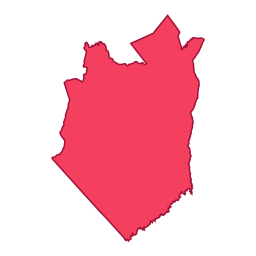 outline of Chepalungu, Rift Valley, Kenya
{"feature_id": "3690345B98705633113269", "entity_name": "Chepalungu", "entity_type": "district", "adm_level": 2, "iso_a3": "KEN", "parent_name": "Kenya", "parent_adm1": "Rift Valley", "projection": "equal_earth", "projection_center": [35.269, -0.895], "detail": "fine", "context": "isolated", "style": "filled", "palette": "rose", "viewbox_px": 256, "rotation_deg": 0, "n_neighbors": 0, "source": "geoboundaries", "source_scale": "gbopen_adm2", "svg_char_len": 5802}
<svg xmlns="http://www.w3.org/2000/svg" viewBox="0 0 256 256"><path d="M101.2,41.9L100.5,42.3L100.0,41.8L99.3,41.7L99.3,42.5L98.9,42.9L98.6,43.9L98.8,44.8L98.3,45.1L98.0,44.6L97.9,43.8L97.4,43.2L96.9,43.6L96.1,43.2L96.0,44.3L95.4,45.0L94.9,44.6L94.3,45.1L93.9,45.7L93.3,45.6L92.9,46.3L92.4,46.3L91.9,45.7L91.6,46.6L91.1,47.4L90.3,47.2L89.6,47.6L89.0,47.4L88.7,46.3L88.8,45.3L87.9,44.4L87.3,44.1L87.5,43.3L86.9,42.6L85.7,42.6L85.4,42.9L85.0,44.2L85.2,46.2L83.9,47.9L84.3,48.9L86.4,51.4L86.3,52.6L85.5,56.1L84.5,59.7L84.1,61.5L84.2,62.2L84.5,62.9L84.3,63.7L83.5,65.4L83.3,66.5L83.7,66.9L85.9,66.9L86.9,67.7L87.1,68.4L86.1,73.8L85.6,74.1L84.0,74.4L83.5,74.9L84.0,76.9L83.9,77.7L83.3,80.3L83.0,80.9L82.6,81.4L82.2,81.8L76.5,78.8L75.7,78.7L72.8,79.2L69.1,80.4L67.4,80.0L64.2,82.8L69.8,100.2L68.9,102.1L68.5,103.4L68.3,105.2L68.3,107.2L67.6,108.7L67.5,109.5L67.2,110.2L66.8,110.8L66.6,111.5L65.4,115.9L65.6,117.7L65.2,118.4L64.8,119.7L64.4,119.9L64.3,120.8L63.7,122.1L63.8,122.7L63.9,124.9L63.6,125.6L62.7,126.7L62.1,127.9L61.6,130.3L60.2,132.0L60.0,132.7L60.3,133.7L60.7,134.8L61.5,136.2L64.5,140.1L64.8,141.1L64.8,142.4L64.3,146.1L64.0,147.2L63.1,148.6L62.5,150.7L61.9,151.5L60.4,153.3L59.4,154.6L58.2,154.6L56.8,155.1L56.2,155.8L55.5,156.3L55.0,156.8L54.4,157.2L52.5,157.3L52.0,158.1L53.2,159.8L85.4,195.6L100.8,212.5L106.7,218.6L124.2,238.0L124.5,239.0L124.9,239.6L125.4,240.0L126.0,239.9L126.2,240.5L126.8,240.2L127.3,239.3L127.8,239.7L128.4,240.6L128.5,240.1L129.3,240.1L130.8,239.0L131.1,238.3L130.4,237.4L130.9,235.8L132.4,236.0L132.7,235.5L132.3,235.0L132.5,233.6L133.4,234.8L134.5,235.0L135.5,234.6L136.5,233.8L137.2,230.6L137.6,229.8L137.7,229.0L138.2,228.5L138.8,228.4L139.3,228.6L139.6,228.0L140.1,227.7L140.5,227.8L140.6,228.6L141.8,228.8L142.2,229.4L142.8,229.8L143.6,229.7L144.3,230.0L144.1,229.3L143.4,228.1L143.6,227.3L144.2,227.4L144.7,227.9L146.7,226.8L147.1,226.3L148.0,226.1L148.2,225.4L148.7,224.8L149.3,224.8L149.8,224.4L150.2,223.5L150.3,222.6L150.6,221.9L150.4,221.1L151.1,221.4L151.6,222.1L152.2,222.6L153.2,220.5L153.9,220.2L154.4,220.5L155.0,221.1L155.0,220.2L155.4,219.5L155.5,218.8L156.0,218.9L157.0,218.2L157.5,218.4L159.0,217.5L159.1,216.8L159.5,215.6L160.0,215.5L160.0,216.2L160.4,215.7L160.9,214.2L161.4,213.9L161.5,214.6L162.2,214.8L162.9,214.6L163.0,215.3L163.5,215.3L164.5,214.1L165.2,213.8L165.6,213.4L166.1,212.3L166.3,211.6L166.8,211.6L167.2,212.1L167.7,211.5L168.3,211.8L168.9,211.7L168.7,211.0L168.7,209.6L168.2,209.0L168.4,207.5L168.8,208.0L169.6,208.0L170.9,206.8L170.2,206.5L170.0,205.6L170.7,204.1L171.8,204.0L172.6,202.8L173.2,202.3L172.9,201.6L173.3,201.2L174.1,201.9L174.8,202.0L175.7,200.1L176.3,199.8L176.7,200.2L177.5,200.4L178.1,200.3L178.9,198.7L179.7,197.5L180.4,197.1L179.8,196.8L178.9,196.0L179.3,195.4L179.9,195.1L180.4,194.6L180.7,194.0L181.0,192.3L181.6,191.8L182.0,192.2L182.4,193.0L183.0,193.5L184.2,193.9L184.6,194.6L185.3,194.4L185.5,193.5L185.3,192.9L184.8,192.2L185.0,191.3L185.4,190.7L186.0,190.4L186.3,190.9L186.8,190.8L187.1,190.2L187.4,189.4L188.1,188.8L189.0,188.3L189.3,189.1L189.8,189.5L190.4,189.6L190.5,190.5L189.7,191.5L191.0,192.1L190.9,193.0L191.2,193.6L191.8,194.1L191.9,192.5L191.6,191.3L191.6,190.4L191.2,189.4L191.7,188.9L192.3,188.6L192.5,188.0L191.8,187.6L191.9,186.7L192.3,185.8L191.5,185.7L191.9,184.9L192.0,184.1L191.5,183.8L191.3,183.0L190.7,182.8L190.9,182.1L190.7,181.5L190.3,180.9L191.2,180.5L191.1,178.9L190.4,177.3L190.1,175.2L190.4,174.2L190.5,173.5L189.8,172.2L189.6,169.8L189.4,168.3L189.6,167.4L189.1,165.6L189.1,164.6L188.4,163.1L189.5,161.8L189.8,160.1L190.2,159.4L190.1,158.5L191.0,156.2L190.7,155.2L190.2,154.4L190.0,153.4L190.2,152.7L190.2,152.0L190.1,151.3L189.7,149.7L189.7,148.8L189.4,148.1L188.9,147.7L188.2,147.5L188.3,146.8L188.1,144.9L188.9,143.9L189.0,143.2L188.7,142.5L188.5,141.7L188.9,140.9L188.8,140.1L189.6,139.2L189.8,137.6L190.4,136.2L190.2,135.2L190.6,134.8L190.9,134.2L191.0,133.5L191.2,132.9L191.1,132.2L191.1,131.5L192.5,127.0L192.4,126.3L192.5,125.3L192.6,124.2L193.0,123.3L193.1,122.3L192.4,118.2L192.0,116.8L191.4,115.5L190.8,113.7L191.0,112.1L191.9,110.9L193.7,108.1L194.1,107.2L194.8,105.1L195.3,103.1L196.0,101.2L196.1,100.3L197.6,98.2L197.9,93.9L197.8,92.6L197.9,91.7L198.6,87.1L199.2,85.2L198.9,83.6L199.0,82.3L198.7,80.8L198.3,79.8L196.5,77.3L195.4,74.7L194.8,73.7L194.1,71.8L193.5,64.9L193.3,63.6L192.9,62.3L192.6,60.6L192.8,59.7L194.2,58.4L196.7,54.4L197.8,53.2L198.7,51.8L200.1,48.6L201.0,46.9L202.3,43.3L203.2,41.3L203.8,40.6L204.0,39.7L203.2,38.7L201.4,38.1L200.1,38.0L199.5,38.3L198.7,38.5L198.1,38.3L195.7,38.2L194.3,37.6L192.9,37.8L192.1,38.3L192.1,39.2L191.5,39.6L190.9,39.3L190.3,39.7L189.8,40.5L189.7,41.1L188.4,41.8L187.8,41.8L187.3,42.3L187.2,44.4L187.3,46.0L186.8,45.7L186.2,44.4L185.7,44.6L185.3,46.3L185.9,46.9L185.4,47.6L184.9,47.5L184.9,46.9L184.7,46.2L184.1,46.3L183.5,47.8L182.9,48.2L182.4,48.9L181.9,49.3L181.3,49.2L181.3,48.1L181.6,47.0L181.5,46.2L180.6,45.5L179.3,40.5L178.6,38.7L178.5,37.6L178.1,35.9L178.4,35.0L179.6,32.7L179.7,32.1L175.2,25.6L167.6,15.4L153.1,33.4L130.8,43.4L136.9,51.4L146.5,63.5L146.0,64.0L144.6,64.5L143.9,64.1L142.9,62.8L142.4,62.5L141.9,62.7L141.3,63.3L140.7,63.5L139.6,63.5L138.2,63.2L137.2,62.0L136.5,61.7L135.8,61.8L135.2,61.7L133.3,63.3L132.9,63.6L132.2,63.4L130.5,64.1L129.6,64.3L129.1,64.3L128.6,64.6L128.1,65.6L127.5,66.0L127.0,65.6L126.1,64.4L125.5,64.0L124.9,63.7L124.4,63.7L122.6,64.3L119.8,64.5L119.3,64.5L117.7,63.9L115.5,62.4L114.2,61.8L113.6,61.5L113.2,60.9L112.9,60.1L112.9,59.3L112.3,59.1L111.8,58.6L111.1,58.4L110.4,58.4L109.7,58.0L109.1,56.7L108.9,55.0L108.9,54.0L108.6,53.1L108.2,51.6L107.8,50.9L107.3,50.6L106.6,50.4L105.9,48.9L106.1,48.2L105.9,46.5L105.5,45.9L105.0,45.6L104.5,44.0L104.0,44.1L103.4,43.8L102.7,43.6L102.1,42.9L101.5,42.6L101.2,41.9Z" fill="#f43f5e" stroke="#9f1239" stroke-width="1.5"/></svg>